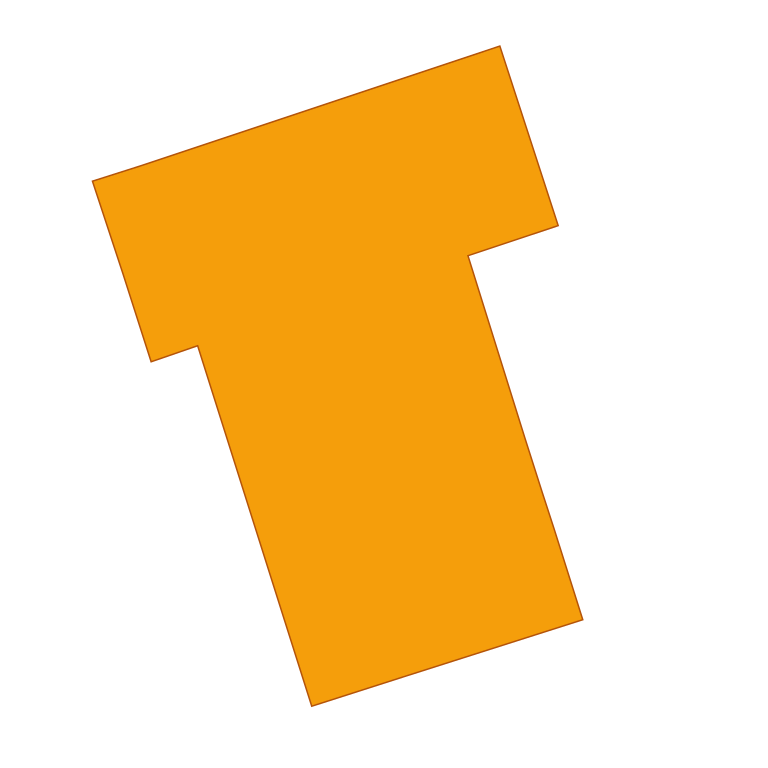 the district of Fond du Lac, Wisconsin, United States of America, rotated 252°
{"feature_id": "52423323B49999362259399", "entity_name": "Fond du Lac", "entity_type": "district", "adm_level": 2, "iso_a3": "USA", "parent_name": "United States of America", "parent_adm1": "Wisconsin", "projection": "orthographic", "projection_center": [-88.541, 43.741], "detail": "fine", "context": "isolated", "style": "filled", "palette": "amber", "viewbox_px": 768, "rotation_deg": 252, "n_neighbors": 0, "source": "geoboundaries", "source_scale": "gbopen_adm2", "svg_char_len": 384}
<svg xmlns="http://www.w3.org/2000/svg" viewBox="0 0 768 768"><g transform="rotate(252 384 384)"><path d="M477.1,169.4L478.0,218.6L194.6,216.4L99.9,215.7L99.5,310.5L98.4,500.2L193.4,501.0L199.0,501.0L232.3,501.0L288.4,501.3L288.7,501.3L480.1,503.5L480.8,598.6L669.6,598.6L666.7,219.6L667.0,169.4L569.6,169.8L477.1,169.4Z" fill="#f59e0b" stroke="#b45309" stroke-width="1.5"/></g></svg>